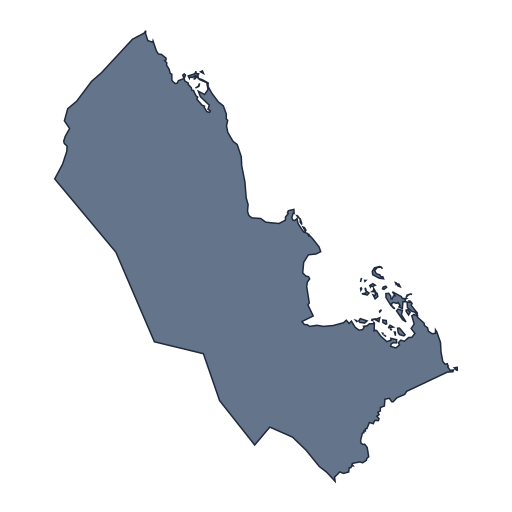 Debub Deb.Keih Bahri, Debubawi Keyih Bahri, Eritrea
{"feature_id": "51966322B86476524232792", "entity_name": "Debub Deb.Keih Bahri", "entity_type": "district", "adm_level": 2, "iso_a3": "ERI", "parent_name": "Eritrea", "parent_adm1": "Debubawi Keyih Bahri", "projection": "robinson", "projection_center": [42.638, 13.079], "detail": "fine", "context": "isolated", "style": "filled", "palette": "slate", "viewbox_px": 512, "rotation_deg": 0, "n_neighbors": 0, "source": "geoboundaries", "source_scale": "gbopen_adm2", "svg_char_len": 6084}
<svg xmlns="http://www.w3.org/2000/svg" viewBox="0 0 512 512"><path d="M320.7,251.7L319.1,247.0L312.8,238.9L310.3,236.2L308.7,236.0L307.5,233.5L303.9,232.1L302.4,230.3L298.0,223.4L297.0,218.6L294.9,220.5L292.9,220.1L291.8,217.8L293.2,213.1L294.1,213.4L293.9,209.4L288.4,210.7L287.5,212.6L288.2,213.6L285.5,217.0L285.4,220.2L278.9,223.5L265.7,222.2L260.8,218.5L252.0,217.9L248.8,215.5L247.5,211.3L248.1,204.6L246.2,197.9L244.9,181.8L241.7,165.7L241.3,156.8L237.2,144.5L233.0,141.3L227.8,132.4L226.5,125.9L227.7,120.3L226.3,119.0L226.3,113.9L223.3,105.8L218.4,102.0L211.8,93.2L208.1,86.5L208.1,82.9L201.9,79.5L198.5,78.5L197.8,75.6L198.7,73.9L196.0,73.4L196.0,71.3L194.8,73.8L188.2,75.9L189.4,78.4L189.8,77.2L192.6,77.4L195.2,75.9L195.5,77.4L193.7,79.2L195.4,78.6L196.4,76.3L199.5,79.5L206.8,82.7L208.0,89.5L204.6,94.5L198.3,91.2L200.5,96.8L209.3,105.2L208.0,109.3L210.4,110.8L209.5,112.4L206.8,111.6L204.3,107.6L204.5,106.1L202.1,105.2L196.8,99.2L197.7,97.1L196.0,95.8L193.4,90.4L191.9,90.4L191.3,87.7L188.1,84.3L188.2,83.0L184.9,81.1L184.1,78.5L178.4,80.7L177.1,83.3L175.2,83.5L173.2,81.9L171.9,80.2L171.8,74.2L170.2,73.3L169.1,69.2L166.6,65.3L166.8,62.9L164.7,60.7L166.1,59.8L166.0,58.1L161.4,54.4L158.4,54.0L156.4,50.9L153.0,40.9L152.7,42.2L147.8,40.6L145.5,33.3L145.8,30.7L144.1,33.1L132.5,39.2L101.3,72.9L91.6,81.3L76.7,101.2L67.7,108.7L64.4,120.8L69.6,128.5L65.2,136.4L63.7,141.2L64.3,143.5L67.1,146.1L66.8,151.3L62.6,164.1L54.7,178.9L115.9,252.2L154.4,341.8L203.4,353.7L219.6,400.6L254.7,445.0L269.8,427.1L292.5,437.1L306.0,450.1L319.3,466.5L326.8,472.3L335.1,481.3L334.6,477.1L339.8,471.9L343.5,473.4L348.7,472.0L349.2,467.7L350.8,467.7L351.7,465.8L353.2,465.9L352.0,464.3L352.4,463.4L359.9,461.9L362.6,462.8L366.4,460.3L366.8,458.4L368.7,456.7L367.2,447.5L364.7,444.2L362.9,444.5L361.0,443.2L360.6,440.4L362.4,433.2L363.9,432.7L363.8,430.9L365.4,431.0L365.3,428.9L366.9,428.6L369.4,422.5L373.3,423.7L374.7,420.5L378.4,420.6L379.0,418.6L376.8,416.2L379.1,414.6L377.9,412.3L380.3,411.0L380.4,407.5L384.4,406.0L384.9,399.2L389.4,398.3L391.8,401.8L393.1,401.8L397.0,397.7L404.7,394.4L406.7,391.3L447.3,372.1L452.8,371.8L453.6,370.0L450.1,370.3L447.7,366.8L448.7,365.6L448.0,365.9L447.3,363.7L445.0,364.2L442.8,361.5L441.0,352.0L440.5,342.5L436.7,331.7L435.5,329.9L435.5,333.3L432.1,333.7L428.4,331.3L427.5,327.7L424.5,325.6L424.1,323.2L417.5,317.2L417.6,315.3L417.0,314.1L417.4,313.1L411.2,305.4L412.1,303.3L410.1,301.1L409.2,301.0L410.0,302.3L407.1,302.0L407.4,307.6L412.2,311.5L416.0,312.3L415.3,312.8L416.9,314.2L415.9,315.3L417.5,316.2L413.9,314.4L411.8,315.9L414.2,324.1L411.1,328.5L414.9,333.4L411.9,337.3L408.6,337.5L404.4,341.3L400.9,340.1L398.4,342.6L399.5,345.0L395.9,347.9L390.6,346.4L391.2,344.0L392.9,342.8L396.5,342.9L396.6,339.7L390.8,338.3L391.0,340.2L386.8,341.6L381.0,336.4L376.7,330.6L374.8,330.1L374.6,330.8L374.1,331.0L374.4,323.1L373.8,322.4L373.3,323.8L369.5,323.7L367.0,325.9L363.6,326.3L364.2,327.1L362.6,329.6L359.1,330.2L355.1,327.3L351.4,321.1L349.1,323.5L346.3,320.2L343.6,322.7L333.3,325.5L323.4,326.4L317.0,325.3L309.6,326.4L307.2,324.7L304.3,324.5L302.0,321.5L313.2,316.0L307.9,304.8L309.3,303.0L306.7,286.7L307.3,282.1L309.7,278.9L308.5,276.7L305.6,275.9L302.7,272.8L303.7,262.3L308.4,254.8L316.0,254.0L320.7,251.7ZM401.3,296.6L392.4,291.8L395.1,295.8L393.4,296.0L392.1,299.0L391.0,298.8L390.7,296.1L388.7,293.3L385.9,293.6L386.0,297.5L391.0,305.6L391.9,305.7L391.5,303.7L393.3,302.4L396.9,303.4L398.0,302.4L400.0,305.4L398.9,306.9L402.4,308.6L402.9,301.7L405.7,301.8L404.9,299.4L406.2,298.7L402.3,298.4L401.3,296.6ZM381.2,267.1L379.7,266.5L374.5,267.8L372.3,271.3L372.7,274.7L379.2,278.2L383.6,278.8L382.8,276.7L381.0,276.9L379.8,274.8L376.4,273.8L374.6,270.5L377.5,267.4L380.9,267.2L382.5,268.7L381.2,267.1ZM402.4,310.5L398.1,309.1L396.5,310.9L402.6,319.7L406.0,321.9L401.4,314.7L402.4,310.5ZM405.1,334.8L399.5,328.1L397.6,328.2L398.2,332.7L399.5,334.6L403.9,335.9L405.1,334.8ZM367.1,320.9L360.3,318.6L358.7,320.9L359.9,322.4L364.6,323.1L367.1,320.9ZM377.2,293.4L375.1,292.7L375.6,294.8L374.8,295.6L373.1,294.9L375.1,298.9L377.8,296.6L377.2,293.4ZM407.7,309.8L406.2,310.0L406.1,311.2L408.6,315.0L410.2,312.1L407.7,309.8ZM369.0,293.0L366.4,291.1L365.8,293.0L361.9,293.8L367.4,295.0L369.0,293.0ZM386.6,323.9L386.3,320.5L382.8,320.0L382.9,322.4L385.6,324.2L386.6,323.9ZM375.3,285.2L372.8,283.6L369.8,285.5L370.5,287.1L371.2,285.9L372.3,286.6L375.3,285.2ZM378.9,321.7L379.8,317.7L375.1,319.6L378.9,321.7ZM385.8,286.2L383.2,287.0L382.5,288.8L383.9,289.4L386.6,287.3L385.8,286.2ZM393.3,327.1L390.0,325.2L388.6,327.4L389.0,327.9L393.3,327.1ZM184.1,78.5L185.5,75.1L184.2,73.9L182.7,75.2L184.1,78.5ZM457.3,370.2L457.2,367.3L454.3,367.8L456.5,370.2L457.3,370.2ZM400.2,286.8L398.8,284.0L396.9,283.9L397.8,285.8L400.2,286.8ZM202.4,70.8L200.5,71.8L203.5,73.4L202.4,70.8ZM305.9,230.1L304.4,227.6L303.0,227.0L305.4,231.5L305.9,230.1ZM375.6,291.8L373.7,288.5L373.4,290.6L372.0,291.6L375.6,291.8ZM300.2,218.9L298.7,217.7L300.2,219.3L300.2,222.2L300.8,223.0L301.1,222.1L301.8,224.7L301.5,222.6L300.2,218.9ZM406.0,297.7L407.7,295.4L410.1,294.1L407.1,295.1L406.0,297.7ZM395.5,335.7L395.3,332.1L394.4,332.0L395.5,335.7ZM195.4,88.0L198.9,86.4L199.6,83.4L198.2,86.4L195.4,88.0ZM373.9,319.1L372.0,319.4L371.7,320.3L372.2,320.6L373.9,319.1ZM394.9,308.7L393.2,307.1L392.3,306.8L393.4,308.1L394.9,308.7ZM360.9,290.2L361.7,288.8L361.2,287.8L360.6,288.3L360.9,290.2ZM364.9,281.4L365.9,280.4L364.6,280.4L364.9,281.4ZM379.8,312.0L380.7,311.0L381.4,309.7L379.5,311.2L379.8,312.0ZM360.5,282.0L361.4,278.7L361.2,278.7L360.5,282.0ZM395.9,283.9L396.2,282.9L395.4,282.6L395.9,283.9ZM366.0,291.0L365.9,289.2L365.1,287.8L365.4,290.0L366.0,291.0ZM356.7,320.6L355.6,320.3L357.2,322.1L356.7,320.6ZM386.1,336.6L384.6,335.3L384.4,335.3L386.1,336.6ZM310.0,236.1L308.7,234.2L308.2,234.2L308.7,235.3L310.0,236.1ZM298.6,217.3L297.6,215.9L296.9,215.7L297.9,217.1L298.6,217.3ZM391.9,329.9L391.0,329.3L390.1,329.2L391.0,329.8L391.9,329.9ZM383.3,334.2L382.9,333.2L382.5,333.2L383.3,334.2ZM412.0,294.5L410.7,293.9L410.4,294.1L412.0,294.5Z" fill="#64748b" stroke="#1e293b" stroke-width="1.5"/></svg>